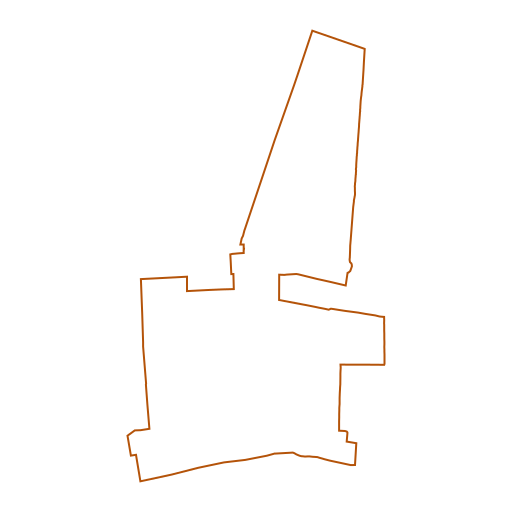 Gura Padinii, Romania (Albers equal-area conic projection)
{"feature_id": "2599482B60613524156855", "entity_name": "Gura Padinii", "entity_type": "district", "adm_level": 2, "iso_a3": "ROU", "parent_name": "Romania", "parent_adm1": "", "projection": "albers", "projection_center": [24.327, 43.755], "detail": "fine", "context": "isolated", "style": "outline", "palette": "amber", "viewbox_px": 512, "rotation_deg": 0, "n_neighbors": 0, "source": "geoboundaries", "source_scale": "gbopen_adm2", "svg_char_len": 3416}
<svg xmlns="http://www.w3.org/2000/svg" viewBox="0 0 512 512"><path d="M364.7,48.9L363.9,48.6L362.5,48.1L316.6,32.2L312.3,30.7L311.6,32.9L307.0,46.7L297.3,75.7L294.1,85.1L274.7,140.1L262.9,175.4L244.8,229.4L244.5,230.1L243.0,235.9L241.7,238.4L240.4,244.5L243.7,244.5L243.7,247.0L243.7,248.4L244.0,248.5L243.9,249.5L243.7,249.5L243.6,251.0L243.7,251.7L243.7,253.0L239.0,253.3L236.8,253.5L234.8,253.7L232.3,253.9L230.7,254.3L230.3,254.4L230.7,261.4L230.8,263.4L231.3,274.1L233.4,274.0L233.8,289.1L222.3,289.4L208.2,290.0L187.0,291.1L187.0,276.7L175.9,277.3L140.9,279.1L141.7,300.4L142.2,313.5L143.1,342.1L143.1,346.5L146.1,383.7L145.9,384.5L147.4,404.7L149.4,428.8L140.5,430.2L134.8,430.4L131.1,433.1L127.5,435.7L130.9,455.6L136.0,454.8L137.1,461.5L140.4,481.3L171.6,474.6L198.2,467.8L224.0,462.4L245.3,459.9L266.9,455.7L274.5,453.6L275.0,453.5L275.6,453.6L276.7,453.5L292.8,452.6L294.4,453.2L296.2,454.3L297.8,455.0L299.5,455.7L301.3,456.2L302.9,456.3L304.5,456.5L306.2,456.5L307.9,456.4L309.6,456.4L311.1,456.6L312.9,456.8L314.7,456.9L317.4,457.1L319.5,457.8L322.1,458.5L324.4,459.2L329.8,460.6L350.8,465.1L355.0,465.0L356.3,443.2L346.7,441.6L347.4,433.4L347.4,432.4L346.8,431.6L346.0,431.3L344.9,431.0L339.1,430.7L339.1,424.7L339.1,421.4L339.2,417.5L339.2,413.9L339.3,410.5L339.3,408.0L339.4,406.5L339.6,404.1L339.6,401.4L339.6,398.0L339.7,395.5L339.8,392.8L340.0,389.5L340.1,387.0L340.3,384.5L340.4,377.1L340.4,373.7L340.5,371.2L340.7,367.8L340.5,364.6L342.4,364.6L351.0,364.7L363.9,364.7L370.1,364.7L384.2,364.8L384.5,363.9L384.5,362.0L384.5,361.1L384.5,359.9L384.5,357.6L384.5,354.4L384.4,351.6L384.4,349.7L384.3,346.9L384.4,344.5L384.4,341.8L384.3,338.7L384.3,336.3L384.3,333.7L384.2,330.5L384.2,327.7L384.2,324.8L384.1,323.3L384.2,320.2L384.1,316.9L382.6,316.8L379.6,316.5L375.2,315.4L365.4,313.9L358.1,312.6L353.5,312.0L345.1,310.9L338.6,309.9L333.7,309.1L330.9,308.7L328.7,309.7L325.7,309.0L321.6,308.2L318.9,307.7L315.7,307.0L306.2,305.1L302.9,304.5L279.1,300.0L279.2,274.7L284.5,274.9L286.6,274.6L296.3,274.0L298.2,274.3L316.8,278.9L323.2,280.3L331.2,282.1L345.7,285.5L347.4,273.9L347.6,272.8L348.0,272.7L348.6,272.5L349.4,271.7L350.2,271.1L350.7,269.8L351.9,266.4L351.8,264.8L351.4,263.5L350.0,262.1L349.7,260.6L349.6,259.4L349.8,257.7L349.9,255.6L350.1,249.9L350.2,245.6L350.7,239.9L353.2,207.0L353.9,201.6L353.9,200.4L354.5,197.5L354.6,196.7L354.8,195.9L354.9,195.3L355.0,194.4L355.0,192.7L354.9,191.0L354.9,189.2L354.9,187.9L354.8,186.3L355.0,184.5L355.0,183.5L355.1,182.8L355.3,181.6L355.4,180.4L355.4,179.4L355.5,178.1L355.6,177.1L355.7,175.8L355.7,175.0L355.9,174.6L355.9,173.8L355.9,173.0L356.0,171.9L356.1,170.6L356.0,169.8L355.9,169.4L355.9,169.1L356.0,168.3L356.1,167.7L356.2,167.3L356.2,166.4L356.2,165.4L356.3,163.3L356.4,161.8L356.5,160.3L356.6,158.7L356.7,156.7L356.9,155.3L356.9,153.9L357.1,153.0L357.1,151.6L357.2,150.2L357.3,149.1L357.4,147.3L357.6,145.3L357.7,143.2L357.9,141.2L358.0,140.1L358.1,138.3L358.2,137.1L358.4,134.3L358.6,132.0L358.7,130.3L358.8,129.0L359.0,126.8L359.1,123.7L359.2,122.8L359.4,120.3L359.5,118.7L359.6,118.1L359.6,117.1L359.7,116.4L359.8,115.2L359.9,113.5L360.0,111.9L360.2,111.1L360.1,110.6L360.1,109.5L360.3,108.1L360.3,106.8L360.5,103.6L360.7,100.7L361.1,97.1L361.4,95.2L361.5,93.6L361.7,91.7L362.1,88.6L362.4,86.3L362.4,85.1L362.6,84.5L362.8,81.0L363.5,70.1L363.9,62.2L364.6,50.6L364.7,49.4L364.7,48.9Z" fill="none" stroke="#b45309" stroke-width="2"/></svg>